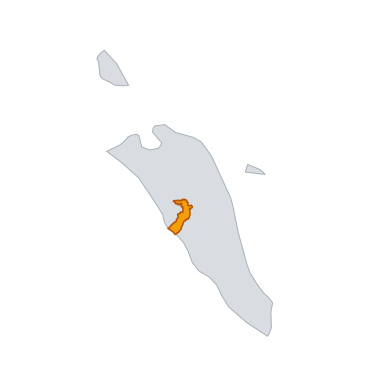 Fatuberliu, Manufahi, East Timor shown in context, rotated 78°
{"feature_id": "22284137B51170089916625", "entity_name": "Fatuberliu", "entity_type": "district", "adm_level": 2, "iso_a3": "TLS", "parent_name": "East Timor", "parent_adm1": "Manufahi", "projection": "robinson", "projection_center": [125.892, -8.981], "detail": "fine", "context": "in_parent", "style": "filled", "palette": "amber", "viewbox_px": 384, "rotation_deg": 78, "n_neighbors": 0, "source": "geoboundaries", "source_scale": "gbopen_adm2", "svg_char_len": 5477}
<svg xmlns="http://www.w3.org/2000/svg" viewBox="0 0 384 384"><g transform="rotate(78 192 192)"><path d="M134.5,267.0L131.1,252.8L127.6,246.7L124.8,243.2L123.9,238.9L124.0,234.4L125.7,232.3L137.5,231.8L142.2,224.5L142.2,215.7L139.8,212.7L137.5,211.5L125.3,218.1L121.8,216.9L119.7,214.5L120.4,204.7L130.5,195.6L139.0,179.1L145.0,172.5L158.9,166.3L164.6,164.6L205.2,155.5L214.9,154.9L240.7,155.2L275.2,153.2L283.7,151.9L294.8,147.9L305.5,143.0L311.1,139.0L317.1,136.2L325.9,139.8L341.0,142.5L345.0,144.8L348.8,148.1L331.3,165.5L312.1,179.9L300.3,184.3L288.1,187.2L278.8,192.8L270.9,201.5L260.9,206.4L249.5,208.1L239.9,210.7L231.1,215.8L218.9,224.6L213.9,225.5L208.7,225.3L198.6,228.6L167.1,241.2L148.1,255.1L134.5,267.0ZM35.2,248.4L50.8,239.0L74.4,231.8L73.9,237.1L71.4,245.4L67.8,249.3L62.4,256.3L58.9,257.8L44.7,256.3L42.8,257.3L40.4,256.6L36.8,252.1L35.2,248.4ZM190.0,117.0L183.6,135.8L176.6,131.8L184.0,121.2L187.6,118.1L190.0,117.0Z" fill="#d9dde1" stroke="#a8b0b8" stroke-width="1"/><path d="M222.5,223.1L223.2,222.6L223.6,222.2L224.5,221.3L224.9,220.9L225.8,220.0L226.4,219.4L227.2,218.9L228.2,218.2L229.4,217.7L229.7,217.5L229.9,217.5L230.1,217.4L229.7,216.5L229.6,216.1L229.5,215.9L229.6,215.7L229.3,215.6L229.2,215.3L229.3,215.2L229.3,214.9L229.2,214.8L228.9,214.8L228.8,214.7L228.5,213.5L228.2,212.8L228.0,212.7L227.6,212.7L227.4,212.7L227.3,212.1L227.1,211.8L227.0,211.6L226.8,211.5L226.7,211.3L226.6,210.8L226.2,210.6L225.7,210.2L225.4,210.0L225.1,210.1L224.8,210.0L224.4,209.7L224.2,209.7L223.9,209.5L223.8,209.4L223.8,209.2L223.7,209.1L223.4,208.9L222.1,207.8L221.7,207.6L221.3,207.6L220.3,207.0L219.9,206.7L219.5,206.3L219.1,205.8L219.0,205.7L218.9,205.6L218.9,205.3L218.8,204.9L218.7,204.4L218.6,204.2L218.3,204.4L218.1,204.4L218.0,204.1L218.0,203.9L218.0,203.7L217.8,203.4L217.6,203.3L217.5,203.1L217.3,203.0L217.2,202.9L217.2,202.6L217.5,202.2L217.6,201.7L217.8,201.4L217.7,201.3L217.5,201.2L217.4,201.0L217.3,200.9L217.1,200.9L217.1,200.7L216.7,200.6L216.5,200.4L216.3,200.3L216.1,200.1L215.8,199.8L215.6,199.8L215.4,199.7L215.2,199.6L214.8,199.1L214.6,199.0L214.2,198.8L214.0,198.7L213.7,198.7L213.3,198.8L212.7,198.6L212.3,198.3L212.2,198.3L211.9,198.3L211.7,198.4L211.4,198.4L210.9,198.3L210.7,198.2L209.0,197.8L208.8,197.6L208.5,197.7L208.4,198.0L208.1,198.1L207.9,198.1L207.6,197.9L207.7,197.7L207.6,197.3L207.7,197.2L207.8,197.2L207.7,197.0L207.7,196.9L207.7,196.7L207.8,196.7L207.7,196.6L207.8,196.4L207.6,196.0L207.6,195.7L207.4,195.7L207.2,195.5L207.1,195.2L206.8,194.9L206.7,194.8L206.6,195.0L206.4,195.0L206.3,194.9L206.2,194.8L205.9,194.9L205.7,195.0L205.4,195.1L205.2,195.2L204.9,195.5L205.0,195.6L204.8,196.0L204.7,196.3L204.7,196.6L204.8,196.9L204.8,197.2L204.8,197.3L205.0,197.7L204.8,198.0L204.2,198.8L204.1,198.7L203.0,198.6L202.6,198.4L201.3,198.1L201.2,198.2L201.1,198.4L201.0,198.8L200.9,198.9L200.4,198.8L200.1,198.9L199.7,198.9L199.5,199.2L198.8,199.4L198.7,199.4L198.5,199.5L198.3,199.6L198.2,199.8L198.1,200.1L198.0,200.4L198.1,200.5L198.3,200.8L198.2,201.0L197.9,201.1L197.6,201.1L197.6,201.3L197.7,201.7L197.6,201.8L197.5,202.0L197.8,202.3L197.8,202.5L197.7,203.0L197.4,203.1L197.6,203.3L197.8,203.4L198.0,203.5L197.9,203.9L198.1,203.9L198.2,204.0L198.2,204.3L198.1,204.5L198.3,204.6L198.3,204.8L198.2,205.2L197.9,205.3L197.8,205.5L198.0,205.6L198.0,205.9L198.0,206.0L197.8,206.2L197.6,206.3L197.5,206.6L197.4,206.7L197.5,206.9L197.5,207.1L197.4,207.2L197.3,207.3L197.3,207.5L197.2,208.0L197.3,208.1L197.4,208.3L197.2,209.0L196.9,209.4L197.0,210.0L197.0,210.5L196.8,210.8L196.7,211.0L196.7,211.7L196.8,211.9L197.0,212.0L197.0,211.9L197.3,211.6L197.6,211.5L197.6,211.3L197.8,211.3L197.8,211.2L198.0,211.0L198.1,210.9L198.3,210.9L198.3,210.7L198.5,210.6L199.0,210.6L199.4,210.4L199.6,210.5L199.6,210.4L200.1,210.1L200.1,209.9L200.3,209.9L200.4,209.5L200.3,209.4L200.1,209.3L200.1,209.1L200.1,208.9L199.9,208.8L199.9,208.7L200.1,208.3L200.3,208.4L200.4,208.6L200.5,208.6L200.8,208.6L201.0,208.4L201.0,208.5L201.2,208.4L201.0,208.2L201.3,207.5L201.5,207.4L201.4,207.3L201.4,207.1L201.4,206.9L201.3,206.7L201.5,206.3L201.4,206.2L201.5,206.2L201.4,206.1L201.4,205.8L201.2,205.7L201.3,205.4L201.3,205.2L201.0,204.9L201.0,204.7L201.8,204.7L201.9,204.8L201.9,205.0L202.1,205.2L202.5,205.1L203.7,205.4L204.1,205.5L204.1,205.4L203.9,205.1L203.9,204.9L204.0,204.8L204.3,204.9L204.3,204.5L204.4,204.4L204.5,204.5L204.9,204.4L205.0,204.2L205.4,204.0L205.7,204.0L205.9,204.1L206.4,204.5L206.6,204.6L206.8,204.6L207.0,204.5L207.5,204.6L207.8,204.5L208.1,204.5L208.2,204.4L208.3,204.4L208.4,204.5L208.6,204.7L208.7,204.8L209.1,205.0L209.6,205.2L209.8,205.2L210.0,205.4L209.9,205.6L209.7,205.9L209.5,206.2L209.3,206.5L209.2,206.6L209.2,206.8L209.4,207.0L209.3,207.3L209.5,207.6L209.7,207.8L209.8,207.9L210.2,207.8L210.4,208.0L210.5,208.3L210.4,208.9L210.5,209.4L210.8,210.4L210.8,210.6L211.0,210.7L211.0,210.8L211.3,210.8L211.7,210.7L212.1,210.7L212.7,210.5L212.9,210.5L213.1,210.5L213.3,210.7L213.9,211.3L214.8,211.4L215.0,211.6L215.1,212.1L215.3,212.6L215.4,212.9L215.5,213.0L215.8,213.1L216.1,213.1L216.3,213.1L217.2,213.2L217.4,213.6L217.7,214.2L217.8,214.4L217.8,214.5L217.9,215.1L217.9,215.4L218.0,215.6L218.0,216.0L218.3,216.2L218.7,216.3L218.8,216.4L219.1,217.2L219.1,217.7L219.5,218.0L220.0,218.6L220.1,218.8L220.0,219.1L220.1,219.4L220.8,219.9L221.2,220.5L221.3,220.6L221.5,221.0L221.8,221.4L221.9,221.5L222.1,221.7L222.3,221.8L222.4,222.0L222.4,222.4L222.5,222.5L222.5,223.1Z" fill="#f59e0b" stroke="#b45309" stroke-width="1.5"/></g></svg>